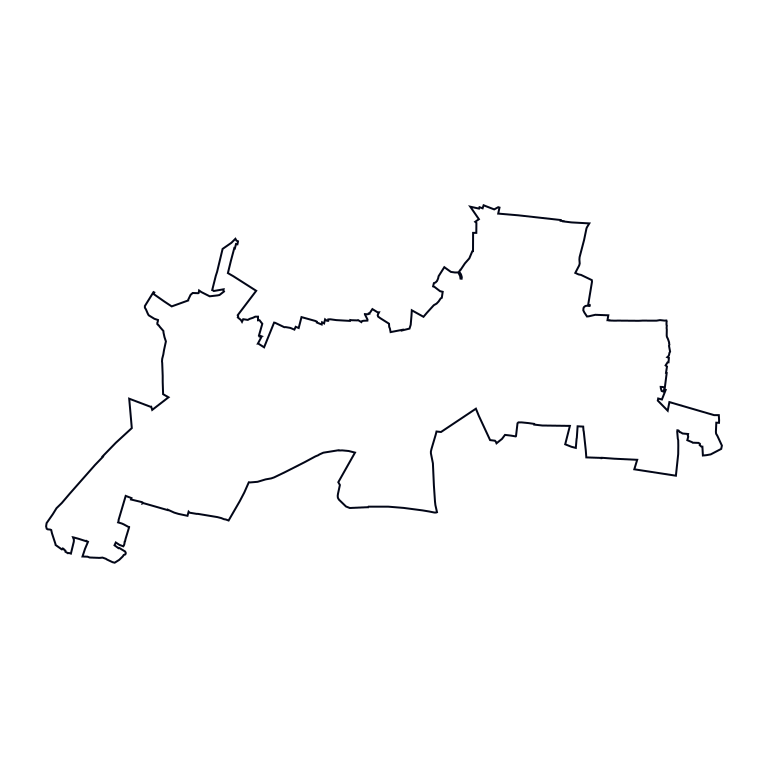 San Pedro Tlaquepaque, Jalisco, Mexico (orthographic projection)
{"feature_id": "50627088B40008618856447", "entity_name": "San Pedro Tlaquepaque", "entity_type": "district", "adm_level": 2, "iso_a3": "MEX", "parent_name": "Mexico", "parent_adm1": "Jalisco", "projection": "orthographic", "projection_center": [-103.358, 20.593], "detail": "fine", "context": "isolated", "style": "outline", "palette": "ink", "viewbox_px": 768, "rotation_deg": 0, "n_neighbors": 0, "source": "geoboundaries", "source_scale": "gbopen_adm2", "svg_char_len": 6076}
<svg xmlns="http://www.w3.org/2000/svg" viewBox="0 0 768 768"><path d="M235.4,238.8L231.4,242.8L222.6,248.9L217.1,271.8L215.8,275.8L212.2,290.1L213.2,290.5L213.8,291.0L223.6,289.3L223.4,290.4L224.0,291.5L219.5,295.0L217.5,295.4L209.7,296.3L201.4,292.1L199.1,290.5L198.7,292.9L198.2,293.2L192.7,293.0L190.6,294.8L188.0,300.2L188.1,300.5L171.7,306.4L164.3,301.5L153.9,294.2L153.6,293.9L154.3,292.5L153.5,292.1L144.9,306.0L144.9,307.7L146.0,309.5L147.8,313.7L148.7,315.3L154.4,318.8L158.0,320.0L157.8,321.5L157.3,323.0L157.4,324.2L158.2,324.8L158.4,325.3L159.0,325.6L159.6,326.6L163.4,331.0L163.5,332.6L164.5,337.2L165.9,341.4L164.0,350.2L163.3,354.5L162.2,358.8L162.0,361.5L162.2,362.9L162.7,375.8L162.7,381.7L163.1,394.2L168.5,397.3L152.2,409.9L151.2,406.7L150.6,406.8L129.2,398.7L131.8,428.1L115.8,442.8L102.5,456.5L102.9,456.8L95.0,465.0L69.7,493.7L61.8,503.0L56.5,508.2L52.8,514.2L46.6,523.1L46.1,526.3L46.7,528.7L47.6,529.3L50.3,529.6L51.2,530.0L52.0,533.4L55.4,543.8L55.6,545.0L61.8,549.4L62.4,549.2L62.7,548.5L63.1,548.6L63.6,548.9L64.2,549.8L65.4,550.6L65.4,551.7L67.9,553.2L68.2,553.0L69.4,553.1L70.9,553.6L73.8,541.7L73.9,539.7L73.0,537.3L73.5,537.4L78.6,538.8L86.4,541.3L86.5,541.0L88.0,541.8L85.0,548.9L82.5,556.5L87.5,556.7L89.7,557.5L99.6,557.9L102.5,557.6L105.9,558.8L107.1,559.6L112.6,562.2L114.7,562.7L119.3,559.8L122.8,556.4L123.7,555.0L125.3,554.4L125.7,553.5L125.7,552.7L125.1,551.5L119.5,548.1L119.0,547.9L118.5,548.2L114.5,545.3L115.8,542.5L119.5,544.9L123.3,546.3L123.9,545.4L124.4,543.9L124.6,542.0L124.7,541.6L125.0,541.5L125.6,538.8L129.1,527.3L129.1,527.0L128.4,526.9L123.8,524.4L121.8,523.5L118.1,522.4L118.5,521.4L118.6,519.9L125.7,495.9L131.5,498.1L131.0,499.5L141.9,502.1L142.7,502.6L142.5,503.4L143.3,503.1L167.7,510.1L167.8,509.7L174.2,512.6L178.5,513.9L187.5,515.8L188.6,511.7L189.6,512.7L196.8,513.9L198.1,513.9L217.4,517.1L221.3,518.1L224.0,519.2L225.8,519.5L228.6,520.5L239.7,501.3L244.3,492.5L248.8,482.3L250.6,482.4L257.6,481.8L265.6,479.4L271.2,478.4L274.1,477.4L285.1,472.1L304.6,462.2L315.4,456.4L318.3,455.2L319.3,454.5L323.3,452.7L338.8,450.2L339.0,450.5L342.4,450.4L348.7,451.0L355.0,452.6L338.3,482.2L339.9,485.0L338.0,493.7L337.7,495.9L337.9,497.8L338.9,499.6L346.0,506.5L349.8,508.0L367.7,507.2L368.0,507.3L368.5,506.7L388.6,506.7L403.5,507.9L422.6,510.4L429.2,511.5L434.2,512.5L436.1,512.5L437.0,512.2L435.4,505.1L435.0,501.7L433.9,485.5L432.9,463.3L430.9,453.3L430.9,451.5L431.5,448.9L435.7,434.7L436.5,431.5L441.0,432.0L475.9,408.7L478.8,415.8L490.1,440.1L494.9,440.7L495.9,441.8L496.5,443.3L502.0,438.9L505.0,434.9L510.9,435.6L515.7,436.4L516.0,436.1L517.5,423.3L518.4,422.4L521.7,422.4L528.6,423.1L534.2,423.9L534.2,424.6L542.2,425.5L569.9,425.9L565.2,444.3L571.5,446.8L575.8,447.9L576.6,438.6L576.8,438.0L577.6,426.3L583.2,426.6L583.5,430.8L583.7,431.1L585.8,450.5L586.3,457.4L601.0,457.9L601.2,458.2L601.9,458.1L602.0,457.8L614.2,458.7L637.2,459.8L634.3,469.3L675.9,475.7L678.2,454.1L678.3,445.5L678.2,440.2L677.8,438.6L677.2,431.6L677.4,430.3L678.5,430.5L679.8,432.1L680.4,432.2L682.6,433.5L688.1,434.0L687.8,435.6L688.1,436.1L688.2,436.9L687.3,440.2L692.1,442.2L692.7,442.7L698.5,442.9L699.8,443.7L700.0,444.0L699.7,445.1L701.5,446.7L702.4,446.7L702.9,455.5L706.2,455.2L710.7,454.4L721.2,448.9L721.9,445.6L717.4,435.9L716.1,433.7L715.9,431.9L716.3,422.7L719.0,422.8L719.1,420.2L718.8,415.1L714.0,415.1L669.4,402.1L667.7,410.7L657.8,400.6L658.2,398.5L661.9,399.5L665.7,389.9L664.2,389.4L663.5,391.6L661.7,391.0L660.9,388.6L660.7,386.9L662.9,387.0L664.8,387.8L666.7,373.0L666.0,372.9L667.0,366.5L665.6,365.4L667.6,362.3L668.5,362.3L668.9,357.9L667.3,357.2L668.5,356.1L669.0,355.1L669.5,352.7L670.1,351.7L669.0,345.8L669.4,344.5L669.1,343.4L669.1,342.4L668.0,339.1L666.9,336.8L666.7,335.3L666.8,329.2L666.6,328.1L666.8,325.4L666.5,325.0L666.5,322.5L666.7,321.5L666.4,320.5L664.5,320.6L660.0,320.1L656.3,320.7L642.7,320.6L638.8,320.8L617.6,320.6L615.2,320.7L609.3,320.5L609.3,320.2L607.5,320.2L608.3,315.3L595.3,314.8L588.8,316.3L587.0,316.5L584.3,312.4L583.3,310.3L583.5,308.1L584.0,307.1L585.4,306.0L587.2,305.7L589.3,306.0L589.7,305.9L589.8,305.6L589.7,305.0L588.1,305.2L592.0,281.7L591.8,280.1L581.0,274.9L578.5,274.4L575.3,272.9L579.2,265.4L579.7,263.5L579.4,259.5L579.6,257.1L584.1,239.9L586.5,228.3L587.0,227.2L589.3,223.4L571.4,222.4L563.3,221.4L563.4,221.1L560.6,220.8L560.7,220.0L559.6,219.9L518.2,215.3L498.2,213.6L499.5,207.6L498.2,207.2L494.2,209.4L483.6,205.3L482.6,208.3L479.5,207.2L479.0,208.6L470.3,206.7L478.9,219.2L475.2,221.8L476.4,222.9L476.3,232.9L473.1,232.9L473.0,251.2L472.3,251.3L469.3,258.4L464.9,263.4L460.5,270.0L460.3,269.9L459.1,271.6L460.8,274.1L461.2,275.1L461.8,277.2L461.6,278.7L460.5,278.6L460.2,276.3L459.2,274.1L458.1,272.4L455.1,272.5L450.9,271.9L444.3,267.2L438.6,276.2L438.1,278.5L437.0,281.0L435.5,282.5L433.9,283.1L433.1,286.4L434.6,287.0L440.1,291.2L442.7,291.8L441.8,297.8L440.7,298.4L438.6,301.5L436.6,303.6L433.8,305.2L426.8,312.9L423.5,316.8L411.8,310.3L411.5,315.4L410.7,324.8L409.5,328.6L402.2,330.4L402.4,329.8L390.6,332.1L389.9,328.5L389.2,326.9L389.0,323.7L380.3,318.2L378.1,316.6L377.7,315.2L378.1,314.0L379.0,312.3L377.6,312.3L372.4,309.1L369.9,312.8L368.9,313.3L369.2,313.8L367.6,314.3L364.9,314.1L364.9,314.4L367.5,319.5L367.4,320.6L363.2,320.8L361.9,321.2L361.4,322.1L358.0,320.1L357.3,320.4L351.3,320.2L350.2,320.0L350.0,320.9L336.2,320.1L330.4,319.3L328.3,319.4L328.2,320.8L327.4,320.8L327.4,320.3L326.2,320.3L325.1,319.4L324.1,323.4L322.1,322.3L321.7,324.5L316.8,322.5L316.9,321.7L315.5,321.0L301.5,317.1L298.7,328.0L295.7,326.8L294.4,329.6L290.3,327.9L285.7,327.1L284.3,327.2L275.1,322.8L274.1,322.6L264.1,347.3L258.3,343.6L257.9,343.6L261.3,337.2L260.3,336.8L261.4,336.3L259.0,335.4L262.3,323.8L259.5,320.2L258.0,320.3L258.0,316.7L255.2,316.7L252.9,317.8L249.8,318.8L247.8,319.9L243.2,319.2L242.0,321.8L241.0,320.1L237.8,317.4L238.2,316.1L237.7,315.2L256.2,290.8L233.3,276.2L227.9,273.1L230.9,260.8L234.3,248.1L234.9,248.4L236.0,244.0L237.4,244.3L237.7,243.0L238.0,241.3L237.0,240.9L236.3,240.4L235.4,238.8Z" fill="none" stroke="#020617" stroke-width="2"/></svg>